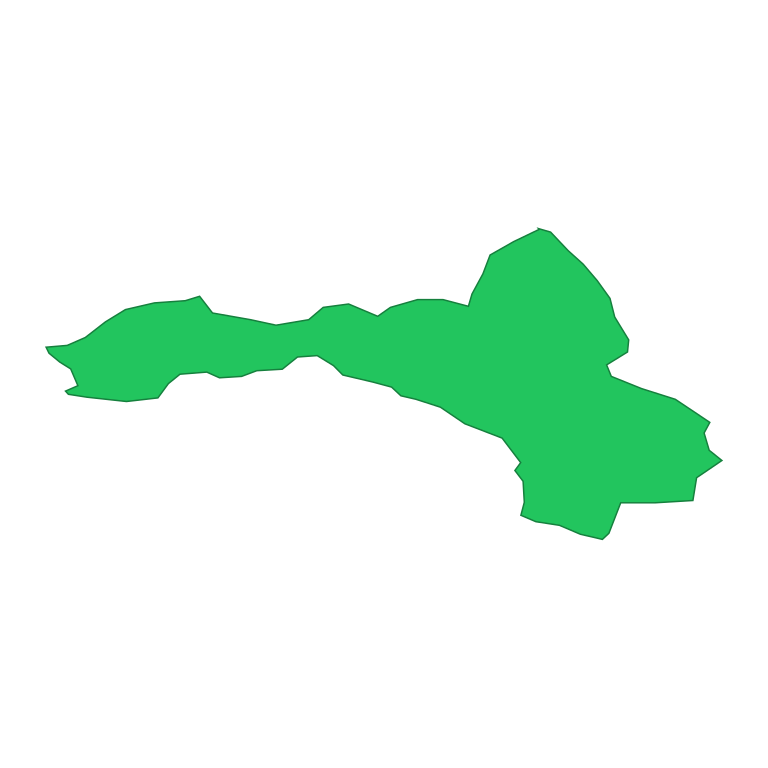 the district of Hallsberg, Orebro, Sweden
{"feature_id": "70781695B5690265718253", "entity_name": "Hallsberg", "entity_type": "district", "adm_level": 2, "iso_a3": "SWE", "parent_name": "Sweden", "parent_adm1": "Orebro", "projection": "equal_earth", "projection_center": [15.203, 59.02], "detail": "fine", "context": "isolated", "style": "filled", "palette": "green", "viewbox_px": 768, "rotation_deg": 0, "n_neighbors": 0, "source": "geoboundaries", "source_scale": "gbopen_adm2", "svg_char_len": 1130}
<svg xmlns="http://www.w3.org/2000/svg" viewBox="0 0 768 768"><path d="M594.0,537.4L602.4,539.4L608.9,533.3L620.7,502.8L654.9,502.8L692.9,500.5L696.6,477.7L721.9,460.5L709.2,450.3L704.1,433.0L709.8,422.4L675.3,399.3L641.6,388.6L611.3,376.4L606.6,364.9L627.5,352.0L628.7,339.9L614.7,317.0L610.0,298.4L597.2,280.6L583.2,264.2L568.1,250.6L550.6,232.1L538.5,228.6L539.1,229.4L513.7,241.6L490.1,255.0L482.9,273.9L472.0,294.0L468.4,306.3L443.0,299.6L417.6,299.6L390.4,307.4L377.7,316.3L348.6,304.0L323.2,307.4L308.7,319.7L276.0,325.2L250.6,319.7L212.5,313.0L199.6,296.3L185.3,300.7L154.4,302.9L125.4,309.6L105.4,321.9L85.3,337.5L67.2,345.4L46.1,347.2L49.0,353.2L59.8,362.1L70.7,368.9L77.9,385.7L65.5,391.1L68.4,394.3L87.0,397.2L126.5,401.5L157.9,397.9L168.4,383.6L180.0,374.2L206.8,372.1L219.5,377.8L241.6,376.4L256.8,370.7L282.3,369.2L297.5,357.0L317.2,355.6L333.5,365.6L342.8,375.0L373.0,382.1L391.6,387.1L400.9,395.8L416.0,399.3L440.4,407.2L464.9,423.8L502.1,438.1L520.7,462.6L514.9,470.5L523.1,481.3L524.3,502.3L520.9,515.3L535.9,521.7L559.4,525.3L580.5,534.3L594.0,537.4Z" fill="#22c55e" stroke="#15803d" stroke-width="1.5"/></svg>